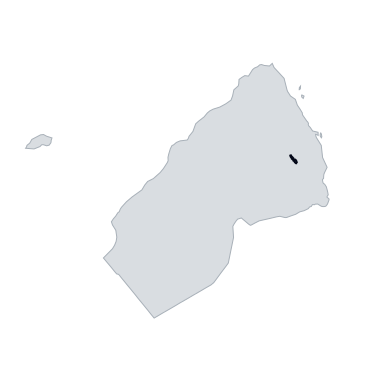 location of Raydah, Amran, Yemen, rotated 160°
{"feature_id": "15242507B40923002776942", "entity_name": "Raydah", "entity_type": "district", "adm_level": 2, "iso_a3": "YEM", "parent_name": "Yemen", "parent_adm1": "Amran", "projection": "equal_earth", "projection_center": [44.059, 15.769], "detail": "fine", "context": "in_parent", "style": "filled", "palette": "ink", "viewbox_px": 384, "rotation_deg": 160, "n_neighbors": 0, "source": "geoboundaries", "source_scale": "gbopen_adm2", "svg_char_len": 3931}
<svg xmlns="http://www.w3.org/2000/svg" viewBox="0 0 384 384"><g transform="rotate(160 192 192)"><path d="M297.8,160.3L286.1,165.9L283.0,168.4L280.2,171.5L278.1,175.3L276.7,182.1L278.0,188.3L277.9,191.6L274.9,193.8L272.0,195.4L268.9,197.8L267.0,198.4L265.4,200.3L263.6,201.7L257.0,205.2L249.8,207.9L238.4,211.1L234.0,214.7L230.0,217.1L223.8,217.8L215.4,221.1L210.8,223.8L205.0,228.2L203.7,229.6L202.7,232.8L200.9,235.6L197.5,240.1L194.9,242.5L193.1,242.6L189.7,243.9L185.7,244.1L178.8,242.5L177.1,243.6L175.7,245.4L170.5,248.5L165.2,254.8L161.3,256.4L155.0,258.4L150.6,261.0L147.6,262.1L143.8,262.6L136.8,262.3L130.1,263.3L123.9,265.0L121.0,268.4L117.7,273.7L112.2,275.9L111.0,277.8L109.3,281.7L105.8,282.7L102.6,283.3L99.3,281.6L93.2,286.3L90.9,287.1L87.4,287.3L84.9,288.3L83.1,288.0L80.8,286.2L76.1,283.9L72.6,285.4L72.3,280.9L66.6,267.3L67.8,255.5L67.8,253.8L66.6,248.5L63.2,243.7L63.3,237.6L62.2,233.2L61.3,228.7L61.6,227.5L61.7,226.4L59.9,219.5L59.3,218.1L59.1,216.7L59.7,215.6L59.7,214.3L58.8,212.2L57.8,208.1L53.1,205.0L54.1,202.0L55.0,203.1L56.2,203.9L56.5,202.0L56.5,200.6L54.6,191.6L57.5,179.7L56.6,169.0L61.0,164.7L62.1,163.4L62.7,162.2L63.7,159.8L65.2,159.0L65.7,156.4L65.6,155.1L64.7,154.0L64.0,151.0L64.3,147.2L64.5,145.6L65.0,142.7L66.5,141.7L66.9,140.8L65.7,139.0L65.8,137.9L68.4,134.8L69.4,133.9L71.1,132.9L72.4,133.0L74.0,133.5L75.3,134.3L76.6,135.9L78.0,137.7L80.2,138.4L81.6,138.2L82.8,139.0L83.8,138.5L84.9,137.6L86.7,137.7L88.4,136.6L93.0,136.1L97.5,136.5L102.2,135.6L106.9,135.7L111.6,135.7L112.7,135.9L113.7,136.4L117.7,139.1L120.7,139.7L126.8,140.4L133.2,141.2L138.8,141.9L143.6,141.3L147.5,140.7L148.6,140.8L149.8,142.5L152.2,146.7L154.5,150.7L158.4,150.9L160.9,149.4L163.7,147.3L165.4,145.7L167.3,139.2L168.5,135.1L171.4,130.4L173.8,126.5L177.0,121.3L178.7,118.5L182.2,112.8L185.5,110.6L192.0,106.4L198.3,102.2L202.4,99.5L205.9,98.2L211.8,97.2L218.7,95.9L225.6,94.7L233.0,93.3L241.2,91.9L246.8,90.8L254.0,89.5L259.9,88.5L265.2,87.5L270.7,86.5L271.8,89.6L272.9,92.8L273.9,95.9L275.0,99.0L276.1,102.2L277.2,105.3L278.3,108.4L279.4,111.6L280.4,114.7L281.5,117.8L282.6,121.0L283.7,124.1L284.8,127.2L285.9,130.4L287.0,133.5L288.1,136.7L289.1,139.7L290.8,140.8L291.9,143.7L293.3,147.8L294.8,152.0L296.3,156.1L297.8,160.3ZM315.7,287.4L317.1,287.8L319.3,286.7L325.7,286.5L333.4,290.0L332.0,291.0L331.1,292.3L327.8,293.4L324.5,296.2L314.8,297.5L311.9,296.8L309.5,294.1L305.1,290.7L306.8,288.5L307.2,287.5L307.8,286.5L310.2,284.9L312.7,285.1L315.7,287.4ZM56.1,245.0L55.8,245.6L55.4,245.5L53.9,243.8L55.5,241.9L56.4,243.7L56.1,245.0ZM51.6,202.7L50.8,203.4L50.6,202.2L51.1,199.5L51.9,198.7L52.4,200.7L52.0,201.8L51.6,202.7ZM55.4,253.4L53.8,254.4L54.9,251.9L56.0,251.4L56.3,251.5L55.4,253.4Z" fill="#d9dde1" stroke="#a8b0b8" stroke-width="1"/><path d="M87.4,192.9L87.5,192.3L87.5,192.2L87.5,191.9L87.5,191.7L87.5,191.4L87.4,191.2L87.4,190.9L87.3,190.7L87.2,190.5L87.2,190.4L87.2,190.2L87.1,189.9L87.0,189.7L87.0,189.4L87.1,189.1L87.0,188.9L86.9,188.8L86.7,188.4L86.6,188.2L86.3,188.2L86.0,188.4L85.8,188.6L85.7,188.5L85.5,188.4L85.5,188.2L85.6,187.9L85.9,187.9L86.1,187.8L86.2,187.6L86.2,187.3L86.1,187.0L86.2,186.8L86.2,186.5L85.8,186.2L85.3,185.7L85.5,184.8L85.4,184.7L85.3,184.4L85.2,184.2L84.9,184.0L84.9,183.9L84.8,183.4L84.7,183.3L84.2,183.1L84.0,183.6L83.8,183.8L83.8,184.0L83.7,184.1L83.6,183.9L83.3,183.8L83.2,183.8L83.1,184.1L83.1,184.3L83.1,184.7L83.1,185.4L83.2,186.1L83.2,186.3L83.3,186.4L83.3,186.5L83.5,186.7L83.9,187.4L84.0,187.3L84.6,187.1L85.0,187.1L85.3,187.1L85.5,187.1L85.6,187.5L85.5,187.8L85.4,187.9L85.4,188.0L85.3,188.4L85.2,188.5L84.9,188.9L84.9,189.0L85.0,189.1L85.2,189.4L85.2,189.5L85.3,189.7L85.3,189.9L85.4,190.1L85.4,190.3L85.5,190.5L85.7,190.9L85.8,190.9L85.9,191.1L85.9,191.3L86.0,191.4L86.0,191.5L86.1,191.8L86.2,192.0L86.2,192.4L86.3,192.5L86.2,192.6L86.2,192.8L86.3,192.9L86.5,192.9L86.8,192.9L87.0,192.9L87.4,192.9Z" fill="#0f172a" stroke="#020617" stroke-width="1.5"/></g></svg>